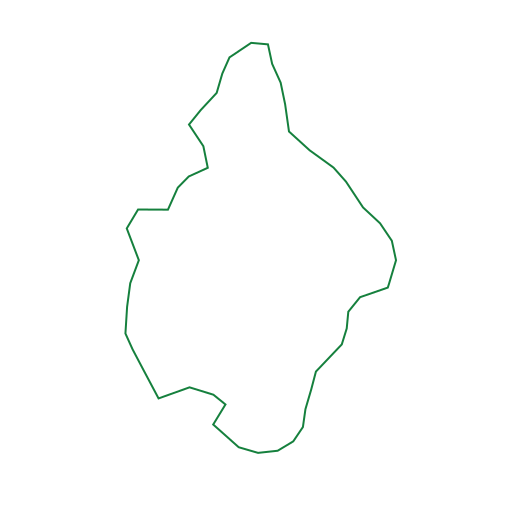 the district of Kioneli, Cyprus, rotated 39°
{"feature_id": "46923920B14813142167534", "entity_name": "Kioneli", "entity_type": "district", "adm_level": 2, "iso_a3": "CYP", "parent_name": "Cyprus", "parent_adm1": "", "projection": "albers", "projection_center": [33.295, 35.224], "detail": "fine", "context": "isolated", "style": "outline", "palette": "green", "viewbox_px": 512, "rotation_deg": 39, "n_neighbors": 0, "source": "geoboundaries", "source_scale": "gbopen_adm2", "svg_char_len": 786}
<svg xmlns="http://www.w3.org/2000/svg" viewBox="0 0 512 512"><g transform="rotate(39 256 256)"><path d="M138.2,315.9L167.6,333.0L175.4,356.3L187.8,376.6L203.3,398.4L218.8,406.2L240.5,415.5L269.9,428.0L287.0,399.9L310.2,390.6L325.7,390.6L328.8,413.9L362.9,415.5L371.5,411.9L381.5,407.7L395.4,393.7L401.6,376.6L400.1,359.4L390.8,343.9L383.0,325.2L375.3,308.1L378.3,270.7L372.1,255.2L362.8,241.2L362.8,222.5L378.3,197.6L376.9,194.0L367.5,171.2L352.0,158.7L331.8,152.5L308.6,150.9L279.2,141.6L260.6,138.5L231.2,140.1L203.3,138.5L183.2,119.8L166.1,105.8L147.6,96.5L132.1,84.0L118.1,93.4L110.4,118.3L115.0,135.4L122.8,154.0L121.2,177.4L121.2,196.0L146.0,203.8L163.0,217.8L153.7,236.5L152.2,252.1L158.4,275.4L135.1,294.1L138.2,315.9Z" fill="none" stroke="#15803d" stroke-width="2"/></g></svg>